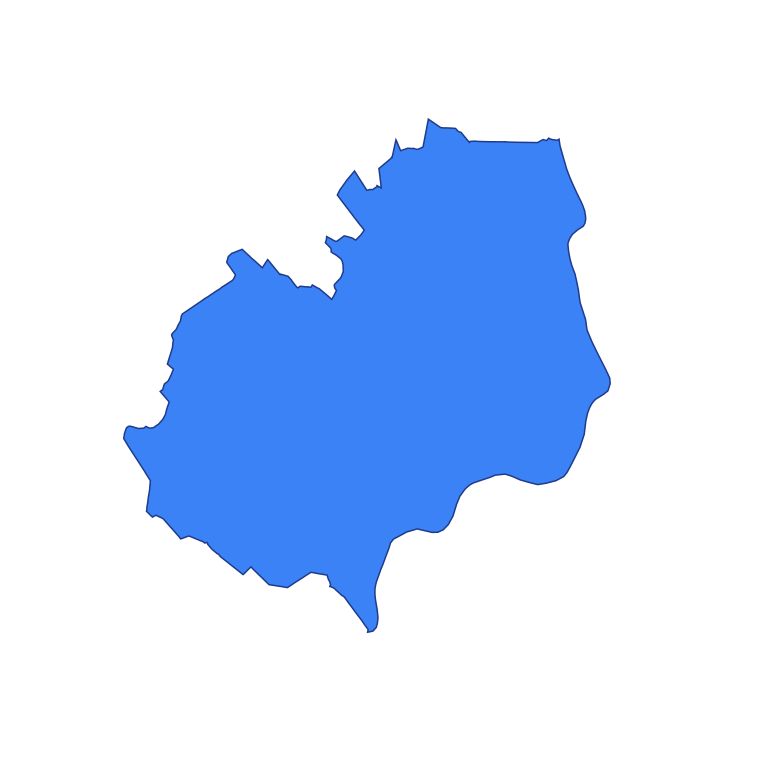 outline of Mežotnes pag., Bauska, Latvia, rotated 242°
{"feature_id": "27541924B31734985735044", "entity_name": "Mežotnes pag.", "entity_type": "district", "adm_level": 2, "iso_a3": "LVA", "parent_name": "Latvia", "parent_adm1": "Bauska", "projection": "equal_earth", "projection_center": [24.115, 56.472], "detail": "fine", "context": "isolated", "style": "filled", "palette": "blue", "viewbox_px": 768, "rotation_deg": 242, "n_neighbors": 0, "source": "geoboundaries", "source_scale": "gbopen_adm2", "svg_char_len": 6087}
<svg xmlns="http://www.w3.org/2000/svg" viewBox="0 0 768 768"><g transform="rotate(242 384 384)"><path d="M465.5,140.6L466.4,139.3L466.5,137.7L466.3,136.6L466.1,136.0L464.5,134.1L462.3,131.8L458.1,128.6L450.1,129.0L449.6,129.0L447.9,129.2L447.1,129.2L437.1,130.1L420.6,131.5L414.5,131.9L408.3,132.3L399.9,126.9L399.7,126.6L399.4,126.5L396.5,124.2L395.4,123.3L394.1,122.4L391.7,120.7L389.3,119.0L387.3,117.4L386.7,116.9L386.0,116.6L384.8,115.8L383.1,114.5L380.5,115.4L378.1,116.1L377.5,116.2L376.7,116.6L375.4,117.2L375.2,117.1L375.2,121.0L368.9,125.7L359.7,127.9L356.4,128.7L345.5,131.3L342.7,131.7L342.4,133.4L342.2,134.8L341.7,138.8L341.5,139.9L341.3,140.3L341.0,140.7L340.2,141.5L336.1,144.8L334.0,146.6L332.1,148.1L329.6,150.3L328.0,150.9L327.6,151.3L327.6,151.8L327.2,152.6L327.2,153.3L326.9,153.5L326.3,153.5L325.5,153.3L325.3,153.1L319.7,154.3L317.3,155.1L313.1,156.9L312.9,156.8L311.6,157.9L308.4,158.5L281.9,170.1L282.4,172.2L283.2,174.6L285.0,180.7L283.7,181.0L282.0,181.5L264.2,187.2L261.3,188.1L260.9,188.3L260.5,188.6L260.3,189.0L259.8,189.6L257.3,193.0L252.5,199.4L251.5,200.7L249.8,202.8L249.7,203.0L249.6,203.3L249.6,203.6L249.9,206.5L250.0,207.5L250.3,210.5L250.6,213.4L250.7,214.8L250.7,215.1L250.8,215.3L250.7,215.6L250.9,217.3L251.0,218.2L251.1,220.0L251.2,221.7L251.4,223.5L251.6,225.1L251.7,227.1L251.9,229.4L252.1,231.1L251.3,232.0L250.9,232.6L248.3,235.8L242.0,244.0L237.6,243.2L234.8,243.2L231.8,242.5L231.2,242.0L231.1,241.4L230.7,241.1L230.6,241.4L227.6,243.7L227.0,244.1L226.4,244.3L223.6,245.2L222.4,245.7L218.7,247.0L217.2,247.4L216.2,248.2L215.3,248.6L214.2,249.0L212.7,249.2L212.1,249.3L210.1,249.6L206.9,250.0L199.2,251.2L195.6,251.7L192.5,252.2L188.9,252.8L185.0,253.4L182.9,253.6L180.8,253.8L175.7,254.6L174.7,254.7L172.5,253.0L171.0,258.2L171.8,260.5L172.7,262.9L175.8,265.8L180.3,268.9L188.1,272.1L192.2,273.4L197.5,275.2L202.0,277.0L205.3,278.7L207.4,279.9L209.9,281.8L212.6,284.1L216.0,287.8L217.7,289.7L221.4,293.7L225.2,298.3L229.7,303.3L236.9,311.5L240.6,315.1L242.6,319.7L242.6,328.7L242.7,334.4L240.5,345.2L230.4,356.8L227.8,362.0L227.5,367.9L229.6,374.6L235.0,382.9L243.9,391.8L249.2,398.2L252.1,404.0L253.3,406.7L254.6,412.0L254.7,416.4L253.1,426.3L251.8,433.9L251.3,439.4L247.6,448.6L243.0,453.2L235.3,459.3L228.4,466.5L223.1,472.4L221.9,475.8L220.2,480.8L217.9,490.6L217.9,499.2L219.9,503.9L222.7,508.3L226.5,513.8L236.1,527.3L245.5,537.1L256.8,545.0L262.8,550.2L266.3,554.1L268.7,557.6L269.9,560.0L271.2,563.6L271.9,573.6L272.8,578.4L278.0,583.8L283.2,586.1L293.1,586.6L309.3,586.9L323.5,587.4L336.3,588.6L346.5,592.3L363.4,595.3L366.7,596.4L375.5,599.7L383.9,602.2L391.5,604.3L400.2,605.4L406.9,606.9L414.0,609.1L419.0,611.1L421.8,612.4L425.2,616.2L427.8,620.8L429.2,627.3L429.8,634.1L431.7,637.0L434.7,639.4L437.5,640.7L442.4,642.4L447.5,643.2L452.5,643.6L462.4,643.9L472.2,644.5L479.5,645.1L487.5,646.1L501.3,649.0L511.5,651.2L518.0,653.5L517.8,651.5L521.0,647.1L521.6,646.5L523.3,645.0L523.7,644.9L522.7,641.7L525.2,639.1L525.1,633.7L525.1,632.9L533.6,617.4L534.7,615.4L539.5,606.9L541.0,604.7L542.6,601.6L547.7,592.1L552.1,584.3L555.0,579.3L555.4,579.0L557.8,573.9L557.2,572.8L570.1,570.1L571.6,568.6L572.0,568.2L576.1,567.1L577.7,564.6L581.2,558.7L581.7,557.5L583.8,554.4L597.0,547.5L584.1,537.1L575.0,529.8L575.0,529.4L575.2,525.1L575.3,524.3L575.9,523.0L576.3,522.5L576.9,521.9L578.4,520.5L578.4,519.9L581.0,515.7L582.2,508.2L593.4,509.2L594.0,509.2L580.9,498.1L580.3,497.6L580.7,497.4L580.0,496.3L578.4,489.0L576.7,480.9L576.7,480.7L574.9,480.0L569.3,477.9L568.9,477.7L565.3,476.3L564.3,476.0L558.7,473.7L558.4,473.6L562.1,471.2L561.5,471.0L562.0,470.7L561.5,470.4L561.3,467.3L560.9,465.2L561.5,464.5L562.5,462.4L562.5,462.1L563.1,459.8L566.6,459.5L569.2,459.3L572.9,459.0L580.3,458.4L585.9,458.0L583.1,451.0L581.8,447.7L576.1,436.2L572.8,431.5L565.6,432.6L560.8,433.4L546.1,435.8L538.9,437.0L537.7,437.2L535.5,437.6L533.8,438.0L530.0,438.6L529.1,438.8L526.6,433.8L524.3,426.6L528.0,424.3L529.1,423.2L533.2,418.8L533.5,418.2L532.8,414.1L532.2,409.4L532.4,408.6L533.3,407.7L536.1,405.9L536.9,405.4L541.1,402.6L539.0,401.2L538.3,400.7L536.3,398.6L530.5,400.3L529.4,400.6L528.7,400.8L528.4,400.8L528.1,400.7L525.8,399.5L525.6,399.4L525.3,399.4L525.2,399.4L523.2,400.5L520.4,402.2L520.3,402.3L517.8,403.4L514.8,404.6L512.8,404.8L512.5,404.8L512.2,404.8L511.9,404.7L511.4,404.6L510.6,404.4L509.6,404.1L508.9,403.9L508.2,403.7L506.4,402.8L504.0,401.6L502.9,401.0L502.2,400.6L501.6,399.9L500.3,398.4L499.2,397.1L498.1,395.7L497.5,394.1L497.3,393.4L496.5,390.9L495.7,388.7L495.1,386.9L493.8,386.1L491.9,385.6L490.9,385.6L489.7,385.9L489.1,386.0L488.8,385.8L485.8,381.7L484.6,379.8L483.2,377.6L489.1,375.4L492.1,374.2L498.7,371.5L500.2,370.3L505.1,367.2L503.9,365.2L503.9,364.7L504.3,364.0L505.7,362.3L505.8,361.6L509.1,356.8L509.5,356.2L509.6,355.9L509.4,353.4L509.4,352.9L509.8,352.7L510.4,352.5L515.4,351.5L517.7,351.2L519.7,351.0L522.6,350.2L523.8,350.0L524.2,349.8L529.7,344.1L529.3,343.7L529.6,343.5L548.2,339.8L548.5,339.7L543.8,331.2L544.2,331.0L555.5,326.9L555.6,326.7L559.1,325.5L559.3,325.5L569.5,322.0L570.8,310.9L569.7,306.5L565.4,302.3L564.7,302.3L558.3,303.1L555.4,303.4L551.6,303.9L550.3,304.0L549.9,303.9L547.2,300.3L546.6,298.5L546.2,293.9L546.1,292.3L546.0,291.3L545.8,289.4L545.7,288.0L545.7,286.7L545.3,285.0L545.1,283.8L544.7,277.9L544.5,277.2L544.3,274.8L544.0,271.7L543.7,269.8L543.7,268.3L543.5,265.6L542.8,260.1L542.7,258.8L542.3,255.4L540.5,238.8L539.0,236.8L535.3,234.0L534.7,233.0L534.3,232.4L533.5,231.2L532.3,229.4L530.6,227.3L530.0,226.4L529.7,226.0L528.9,223.6L528.5,222.4L527.9,220.7L527.5,220.0L527.2,219.6L526.9,219.5L526.4,219.3L524.5,219.0L522.9,218.8L522.2,219.0L519.5,217.0L515.3,214.2L513.0,211.9L506.6,205.4L503.3,202.1L501.1,203.0L500.7,203.1L497.5,204.4L496.6,204.8L495.9,205.0L495.8,204.9L491.5,199.7L488.0,194.9L487.1,190.1L485.2,188.1L483.0,186.0L482.5,182.9L469.0,185.9L463.8,180.3L461.7,178.5L459.6,176.6L456.6,172.0L454.3,165.8L454.1,163.3L453.7,159.8L453.7,159.7L455.1,156.2L458.3,153.9L457.8,151.1L460.0,146.3L465.5,140.6Z" fill="#3b82f6" stroke="#1e3a8a" stroke-width="1.5"/></g></svg>